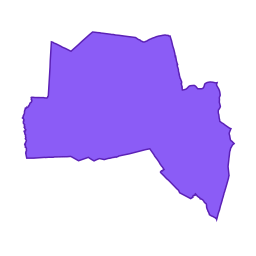 Victor Vlad Delamarina, Timis, Romania, rotated 265°
{"feature_id": "2599482B6245174477067", "entity_name": "Victor Vlad Delamarina", "entity_type": "district", "adm_level": 2, "iso_a3": "ROU", "parent_name": "Romania", "parent_adm1": "Timis", "projection": "equal_earth", "projection_center": [21.849, 45.603], "detail": "fine", "context": "isolated", "style": "filled", "palette": "violet", "viewbox_px": 256, "rotation_deg": 265, "n_neighbors": 0, "source": "geoboundaries", "source_scale": "gbopen_adm2", "svg_char_len": 5732}
<svg xmlns="http://www.w3.org/2000/svg" viewBox="0 0 256 256"><g transform="rotate(265 128 128)"><path d="M30.6,208.9L34.6,210.3L35.4,210.6L38.4,212.0L42.6,213.4L44.7,214.3L48.1,215.6L49.2,215.9L50.0,216.3L51.8,217.0L53.0,217.4L53.6,217.7L54.3,217.8L56.2,218.7L57.5,219.2L57.9,219.3L58.5,219.6L63.1,221.4L69.2,223.7L71.2,224.2L71.6,224.5L80.9,224.3L87.8,225.7L88.5,225.8L92.1,226.6L94.9,227.1L95.2,227.2L96.0,227.4L96.9,227.9L98.1,228.2L98.7,228.5L99.2,228.6L100.1,229.4L101.9,230.5L102.1,230.8L103.2,232.4L103.8,232.0L104.2,231.5L105.5,230.6L106.5,229.4L106.9,229.2L107.5,229.0L108.2,228.9L109.2,228.8L111.8,228.6L112.5,228.4L113.9,228.3L115.1,228.8L118.4,230.5L118.9,229.3L119.3,228.8L121.5,226.1L122.4,225.1L122.8,224.5L123.8,223.6L125.2,221.6L125.9,220.9L126.6,220.0L128.2,220.0L130.0,219.7L131.2,219.7L133.5,219.6L134.2,219.4L135.1,219.3L135.9,219.3L137.0,219.4L138.0,219.6L139.4,220.8L140.9,221.7L141.5,221.9L143.4,221.6L145.7,221.2L148.3,221.6L149.9,221.6L150.6,221.7L151.2,222.0L152.2,222.6L153.3,222.7L155.3,222.6L156.9,222.4L158.7,221.9L162.8,220.0L163.2,219.9L165.4,220.7L165.3,220.0L165.3,219.3L166.2,216.5L166.7,213.8L166.5,211.4L166.3,210.5L165.6,208.9L165.2,208.4L164.7,208.1L162.8,207.4L161.8,206.8L161.3,206.4L160.7,205.1L160.7,204.6L161.0,201.0L161.1,200.8L163.2,199.4L163.9,198.8L164.6,197.8L164.7,197.5L164.7,197.1L164.7,194.1L164.6,193.4L164.5,193.0L164.1,192.2L162.3,190.2L161.6,189.0L161.2,187.0L161.1,186.2L161.1,185.5L164.0,185.3L164.1,185.5L164.4,185.4L164.8,185.5L165.2,185.3L167.6,184.9L167.8,185.2L168.2,185.4L169.8,185.4L170.7,185.0L172.4,184.6L172.6,184.5L172.8,184.3L176.4,183.7L177.0,183.8L177.1,183.6L177.3,183.6L178.1,183.6L180.3,183.2L181.8,183.3L183.9,182.9L184.6,182.6L185.4,182.6L186.6,182.5L186.7,182.9L187.1,183.0L187.6,182.7L190.5,182.1L195.2,181.7L195.0,181.3L198.4,181.1L202.3,180.5L205.8,179.7L211.5,178.9L212.6,178.6L216.0,177.9L216.1,176.7L216.7,176.2L216.8,176.0L216.9,174.7L217.1,174.2L217.2,173.7L217.4,173.2L217.4,171.9L217.3,171.3L217.3,170.4L217.1,169.2L216.9,166.4L216.7,165.5L216.5,164.2L215.7,161.8L215.6,161.0L215.1,159.4L214.7,158.4L214.3,156.9L213.9,156.2L213.7,155.6L213.2,154.8L212.7,153.5L212.7,152.9L212.3,152.3L212.3,152.1L212.4,150.6L212.8,149.9L213.2,149.4L213.5,148.6L214.6,147.6L215.1,146.4L215.7,145.5L217.1,143.9L217.5,143.3L219.8,132.8L221.1,127.2L221.7,123.7L221.9,123.1L222.4,121.6L222.6,120.1L222.6,119.7L222.9,118.9L224.5,111.6L225.0,109.0L225.3,108.5L225.7,106.0L226.1,104.2L226.7,101.1L224.4,97.8L218.2,89.5L215.2,85.7L209.4,77.9L212.7,72.6L214.2,69.7L214.9,68.8L216.0,67.1L218.1,63.7L219.1,61.6L219.9,60.7L220.2,60.0L220.5,59.2L201.7,56.4L195.2,55.6L166.9,51.4L166.3,50.8L165.7,50.6L165.3,50.4L165.1,50.1L165.0,49.8L165.2,47.7L165.6,46.8L166.1,41.6L166.5,37.6L166.7,37.0L167.0,34.8L166.9,34.7L166.9,34.3L166.8,34.2L166.5,34.2L166.1,34.4L165.7,34.3L165.1,34.5L164.7,34.1L163.9,34.5L163.4,34.6L162.9,34.2L162.3,34.0L162.0,33.8L161.9,33.7L161.8,33.2L161.6,32.8L161.2,32.6L160.8,32.3L160.0,32.0L159.5,31.6L159.0,31.4L158.7,30.8L158.2,30.8L157.9,30.6L157.3,29.6L157.6,29.1L157.0,28.9L156.5,28.0L156.5,27.8L156.8,27.6L156.7,27.4L155.7,27.3L154.5,26.6L153.6,26.4L153.1,26.2L152.1,26.2L151.4,26.0L150.1,25.2L149.6,25.1L149.0,24.5L148.7,24.5L148.4,24.7L148.0,24.6L147.6,24.3L147.4,23.8L147.3,23.7L147.1,23.7L146.7,24.5L146.0,24.7L145.9,24.9L145.7,25.0L145.4,25.0L145.3,24.9L144.9,25.0L144.4,24.6L143.9,24.7L143.6,24.6L143.5,24.3L143.3,24.3L142.3,24.2L141.5,24.3L141.0,24.8L140.2,25.3L139.4,24.9L138.8,25.0L138.5,24.9L138.2,25.0L137.9,24.8L137.8,25.1L137.5,24.8L137.1,25.1L136.6,25.1L136.1,25.3L135.5,25.9L135.3,26.0L134.8,25.8L134.8,25.7L134.6,25.6L134.5,25.4L134.2,25.4L134.0,25.5L133.9,25.4L133.9,25.1L134.0,24.3L133.8,24.2L133.6,24.2L133.2,24.5L132.4,24.6L132.3,24.8L132.0,24.7L131.0,24.8L130.8,24.8L130.6,25.2L130.5,25.3L130.3,25.2L129.9,25.3L129.2,25.2L128.8,25.3L128.2,25.1L127.2,25.4L126.8,25.2L126.5,25.2L126.2,24.8L125.0,25.5L124.6,25.7L123.3,25.3L122.9,24.8L122.3,24.7L121.7,24.2L120.9,24.4L120.8,24.2L120.9,23.8L120.3,23.6L119.7,24.1L119.0,24.3L118.7,24.3L118.2,24.0L117.8,24.0L117.7,24.2L117.7,24.5L117.3,24.6L117.1,24.9L116.8,25.0L115.9,25.0L115.0,24.8L114.4,24.9L113.9,24.8L113.8,24.6L113.4,24.3L112.7,24.1L112.1,24.2L111.9,23.9L106.8,24.5L106.2,31.5L106.2,32.4L106.0,42.5L105.8,43.1L105.8,43.8L105.8,46.6L105.6,48.2L105.5,49.8L105.4,50.6L105.4,51.2L105.6,52.4L105.3,56.1L105.0,61.2L104.9,61.7L104.9,62.5L104.7,64.6L104.7,68.4L103.8,69.9L99.7,75.9L102.2,85.9L99.7,89.1L98.2,91.3L99.2,94.0L99.9,96.3L100.0,96.6L99.9,97.4L99.4,99.1L98.8,101.1L98.6,101.4L99.4,105.6L99.5,107.6L100.0,110.6L99.9,111.4L100.1,111.9L100.2,112.9L100.1,113.3L99.9,113.6L100.2,114.2L100.3,115.2L100.9,116.5L101.4,120.3L102.2,127.3L104.9,143.4L105.4,147.9L99.2,151.5L97.7,152.1L94.3,154.3L91.7,155.8L89.0,157.0L88.1,157.6L87.3,158.0L86.3,158.8L83.5,160.3L83.1,159.2L82.8,158.8L82.5,158.8L82.3,158.6L82.4,158.0L82.5,157.7L82.2,157.4L81.8,156.9L81.3,156.5L80.7,156.7L76.7,160.1L75.6,160.9L73.8,162.4L72.6,163.7L70.8,165.2L63.0,171.5L62.8,171.8L61.4,173.0L61.1,173.1L59.6,173.6L58.9,173.9L52.2,184.3L52.5,184.8L52.8,185.5L53.3,186.4L53.5,186.2L53.8,186.6L54.2,186.6L55.0,187.2L54.9,187.7L55.0,188.0L55.3,188.2L55.3,188.5L55.1,188.8L55.2,189.1L55.8,189.0L56.4,189.2L56.6,189.4L54.9,190.7L54.2,191.0L53.0,192.3L52.2,193.4L51.9,193.5L51.3,193.6L51.1,193.8L51.0,194.0L50.9,194.8L50.4,195.5L50.1,196.0L49.6,196.4L49.2,196.6L48.6,197.1L47.5,197.5L47.0,198.0L46.6,198.2L45.9,199.2L44.6,199.5L42.3,199.4L40.6,199.7L39.3,200.2L38.2,200.4L37.3,200.9L36.5,201.0L35.7,201.5L34.6,201.5L33.1,203.5L32.5,204.8L32.1,205.3L32.1,205.5L31.7,205.9L31.1,206.8L30.8,207.3L30.6,207.4L30.8,207.6L30.7,207.8L29.9,208.3L29.3,208.4L30.6,208.9Z" fill="#8b5cf6" stroke="#5b21b6" stroke-width="1.5"/></g></svg>